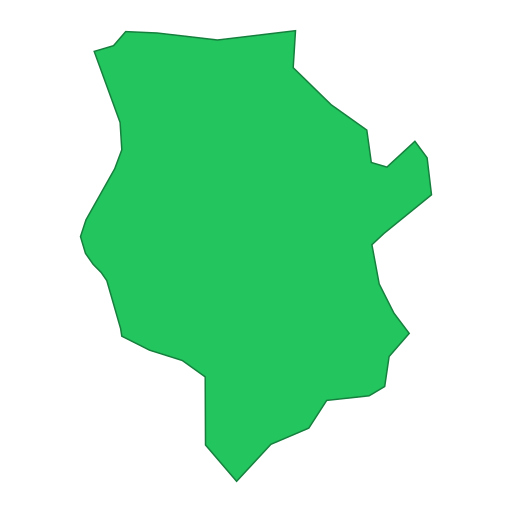 map outline of Santa Catarina (Mercator projection)
{"feature_id": "CPV-5046", "entity_name": "Santa Catarina", "entity_type": "state/province", "adm_level": 1, "iso_a3": "CPV", "parent_name": "Cabo Verde", "parent_adm1": "", "projection": "mercator", "projection_center": [-23.71, 15.076], "detail": "fine", "context": "isolated", "style": "filled", "palette": "green", "viewbox_px": 512, "rotation_deg": 0, "n_neighbors": 0, "source": "natural_earth", "source_scale": "10m", "svg_char_len": 624}
<svg xmlns="http://www.w3.org/2000/svg" viewBox="0 0 512 512"><path d="M236.6,481.3L205.5,445.0L205.2,376.9L182.3,360.5L149.6,350.2L121.8,336.2L120.6,328.5L106.8,280.6L101.2,272.5L93.2,264.4L85.5,253.4L80.5,236.6L86.0,219.8L114.7,168.8L121.8,149.8L120.1,122.5L94.2,51.4L113.5,45.7L125.7,31.6L157.1,33.0L217.4,40.0L295.5,30.7L293.2,67.7L331.1,104.7L366.8,130.1L371.3,162.5L386.9,167.1L414.9,141.3L427.1,157.8L431.5,194.8L384.1,233.3L371.9,244.7L379.2,284.0L393.9,313.1L409.2,333.4L389.1,356.5L384.7,386.5L369.1,395.8L326.7,400.4L308.8,428.1L270.9,444.3L236.6,481.3Z" fill="#22c55e" stroke="#15803d" stroke-width="1.5"/></svg>